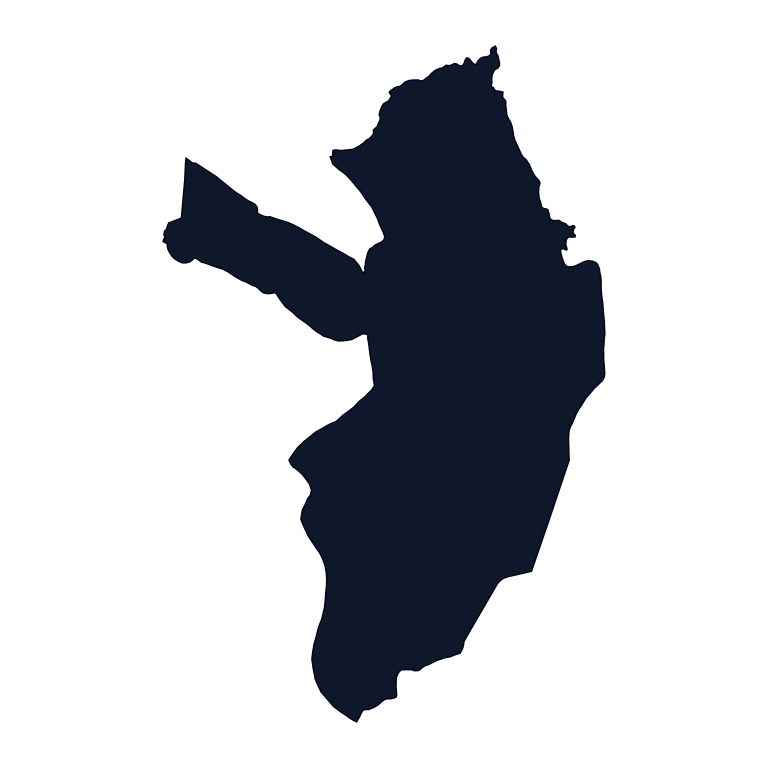 the district of Chol Kiri, Kâmpóng Chhnang, Cambodia
{"feature_id": "14789045B95522882738357", "entity_name": "Chol Kiri", "entity_type": "district", "adm_level": 2, "iso_a3": "KHM", "parent_name": "Cambodia", "parent_adm1": "Kâmpóng Chhnang", "projection": "mercator", "projection_center": [104.817, 12.155], "detail": "fine", "context": "isolated", "style": "filled", "palette": "ink", "viewbox_px": 768, "rotation_deg": 0, "n_neighbors": 0, "source": "geoboundaries", "source_scale": "gbopen_adm2", "svg_char_len": 6050}
<svg xmlns="http://www.w3.org/2000/svg" viewBox="0 0 768 768"><path d="M538.5,191.1L538.8,189.4L538.8,186.6L539.5,185.3L539.9,183.2L539.3,181.1L537.5,179.0L535.8,177.1L534.1,174.8L531.5,170.1L531.1,168.9L529.2,164.2L528.3,163.2L527.5,161.9L526.2,159.8L524.7,158.5L523.7,157.8L522.5,156.4L521.8,155.4L514.6,139.6L514.4,138.4L513.5,135.8L513.3,133.4L512.7,130.3L512.2,127.0L510.5,122.0L508.8,119.4L507.1,115.9L506.7,114.3L506.2,108.8L505.9,107.2L505.7,104.9L505.8,103.4L505.7,101.4L505.2,100.3L503.8,98.6L502.7,97.7L502.6,96.2L502.9,92.1L499.1,91.2L495.9,90.9L494.3,89.6L493.5,87.6L491.6,87.2L491.4,83.8L492.0,82.6L491.8,81.4L491.6,79.8L492.2,74.5L494.6,69.7L498.0,67.9L499.4,65.7L499.5,63.0L498.7,59.8L498.0,56.0L497.3,54.7L496.5,53.4L496.0,51.8L496.5,48.7L496.0,47.5L495.2,46.1L492.1,47.9L490.6,50.1L490.9,53.3L490.0,55.4L486.7,56.9L483.3,57.1L480.3,58.5L477.8,61.0L476.7,63.4L475.9,64.5L474.3,64.3L472.5,62.9L469.0,58.5L466.9,57.8L465.5,59.4L464.8,61.1L464.5,62.3L463.9,63.8L462.3,65.8L460.0,65.9L458.5,65.2L456.9,64.1L454.6,63.5L452.0,64.8L449.7,65.7L446.1,65.3L442.2,68.1L439.8,68.4L437.1,69.5L434.9,70.6L432.6,72.5L430.5,74.4L429.0,76.4L427.1,77.4L424.3,79.7L422.7,80.8L421.3,81.0L418.1,80.0L416.6,80.0L414.0,80.0L411.6,80.2L409.4,80.5L407.5,81.1L405.1,82.1L401.3,85.5L399.7,86.4L398.5,86.8L396.9,86.9L394.0,88.2L392.6,89.5L390.3,90.9L389.3,92.3L390.0,93.6L391.4,95.2L391.1,97.0L389.5,99.5L388.4,101.1L385.9,102.4L383.4,104.0L381.8,106.6L380.1,110.9L379.2,114.8L380.4,117.6L379.8,120.8L378.5,123.0L377.3,126.5L373.4,129.9L373.6,133.6L371.5,136.5L369.2,138.7L366.1,140.4L364.1,142.6L359.8,145.7L355.7,148.0L352.8,149.3L349.5,149.8L345.6,150.1L341.4,150.6L335.5,149.9L333.0,150.5L332.5,156.7L330.3,156.7L332.7,163.9L339.0,169.5L345.7,174.3L351.6,180.7L361.0,192.1L365.2,198.5L371.8,206.9L374.6,212.8L377.3,218.0L379.3,223.7L383.4,232.7L384.8,236.6L383.9,239.9L381.3,242.2L378.0,243.7L375.2,245.0L372.5,247.5L369.7,249.0L367.9,252.6L365.7,261.1L365.1,266.4L364.6,267.7L365.2,270.7L362.9,273.2L359.0,265.6L353.8,259.3L348.8,256.8L342.4,252.9L336.6,249.9L329.2,245.6L324.0,242.8L316.2,237.4L311.2,234.6L304.5,231.0L298.9,227.7L293.4,224.9L288.2,222.6L276.9,219.2L269.8,216.7L268.4,217.0L265.2,216.7L261.5,215.4L259.4,214.2L257.6,213.5L257.3,207.9L256.5,206.4L255.2,204.6L253.9,203.7L251.1,202.2L248.3,200.9L245.6,199.1L241.3,195.9L235.7,192.4L221.1,180.7L216.2,176.6L195.9,163.4L192.3,162.9L190.6,161.8L189.5,160.7L186.1,158.3L185.6,162.4L184.7,180.8L181.4,218.1L168.7,223.0L167.6,225.8L166.3,229.6L164.5,231.2L164.3,232.9L163.9,235.1L165.1,236.5L163.7,239.6L163.1,241.5L166.2,243.2L167.3,243.8L167.3,246.3L168.3,250.1L170.4,253.8L172.4,256.7L174.7,258.7L178.2,261.0L182.2,262.8L185.9,262.9L189.8,261.9L192.7,259.6L194.5,257.8L197.4,259.0L201.4,262.1L204.9,262.9L216.1,267.0L222.9,269.1L228.7,272.2L234.7,276.3L241.9,280.4L247.0,282.4L252.5,285.4L254.9,286.1L256.9,287.1L258.3,288.2L260.3,290.4L263.0,292.6L265.9,293.4L268.9,293.6L270.9,293.4L274.7,292.7L275.8,293.1L281.4,301.4L285.6,306.8L292.6,312.2L297.1,316.5L299.7,318.6L305.6,322.6L309.2,325.4L313.3,329.0L317.0,331.9L320.0,333.6L323.7,336.1L330.3,338.0L334.0,339.7L338.7,340.9L342.9,340.8L346.8,340.3L351.6,339.5L356.4,337.1L362.3,333.8L364.8,333.9L367.0,334.3L368.0,335.4L367.7,338.2L368.4,341.7L369.1,346.5L369.7,352.0L370.8,359.2L372.3,366.3L373.1,372.5L373.4,379.1L374.5,385.5L371.3,390.5L369.1,392.4L365.0,396.8L359.4,401.2L353.6,407.4L348.2,411.5L342.7,415.5L336.3,421.5L330.9,423.6L327.1,425.6L322.7,428.2L315.8,432.0L309.6,437.1L303.4,442.0L301.7,443.9L298.1,447.1L294.2,452.3L289.1,459.8L289.6,461.7L291.2,464.5L292.9,466.8L295.5,468.4L298.2,470.6L302.5,474.5L305.6,478.6L309.5,484.0L311.6,490.4L310.1,495.7L307.7,498.6L304.6,505.8L302.4,509.8L300.9,519.2L302.6,523.6L305.0,529.1L307.7,534.8L310.2,539.1L313.2,543.4L314.8,546.0L317.3,549.6L319.7,552.9L321.9,557.1L324.1,562.8L325.1,565.8L326.3,572.6L326.7,579.5L326.6,585.1L325.9,591.6L325.3,599.8L324.6,607.1L322.9,614.5L321.9,618.4L321.1,620.9L320.0,623.5L318.3,628.3L316.3,636.4L314.1,644.3L312.9,650.9L311.9,659.0L313.2,668.3L315.3,679.3L318.0,685.3L321.0,691.8L333.7,706.6L337.0,709.0L341.3,712.3L346.1,715.3L350.1,718.3L353.5,720.3L356.7,721.9L357.6,720.0L358.4,718.8L359.8,716.3L361.0,713.6L362.9,710.1L365.2,709.5L368.6,709.5L373.7,707.5L378.0,704.9L379.8,703.4L381.8,701.5L384.8,699.3L386.5,698.9L389.1,698.8L391.0,698.6L393.9,698.0L396.2,697.0L396.6,695.0L396.4,691.2L396.0,686.7L396.1,681.7L396.4,677.2L398.3,672.8L401.1,669.8L407.2,669.6L411.9,669.7L414.4,670.7L417.8,670.6L419.4,670.0L421.5,668.3L423.7,666.4L426.1,665.3L428.7,664.5L431.6,663.0L436.9,660.3L440.8,659.1L444.3,657.8L450.5,656.7L453.9,655.2L457.4,654.0L459.9,653.3L461.3,651.2L462.9,647.6L463.6,644.3L463.9,641.7L466.4,637.0L497.6,583.4L500.4,580.5L503.3,578.4L505.0,577.7L507.5,576.8L531.5,571.2L550.4,516.0L569.1,460.3L568.5,439.7L568.7,433.7L569.2,430.0L570.3,427.1L572.1,423.4L574.1,418.8L576.2,413.8L578.9,409.1L582.2,404.1L586.0,397.9L590.1,393.2L594.8,387.7L597.9,385.0L600.0,382.8L601.9,381.1L604.1,377.6L604.7,373.6L604.5,370.4L604.2,365.0L603.6,359.9L603.7,354.8L603.5,348.7L604.0,343.9L604.3,338.0L604.9,333.8L604.5,328.1L604.4,322.3L603.8,317.0L602.7,302.9L601.7,296.1L601.1,288.7L601.1,283.1L601.0,278.6L600.5,275.6L599.7,271.9L599.5,269.5L598.1,265.4L596.5,263.1L594.8,262.1L592.9,261.4L590.9,261.0L588.1,260.8L586.2,261.1L583.9,261.9L579.1,264.2L576.4,265.5L572.5,266.8L570.9,266.9L569.0,266.9L566.7,266.4L564.5,264.2L563.7,262.3L562.0,257.7L561.0,253.7L560.5,250.9L561.1,249.1L563.1,248.6L565.2,249.6L566.6,250.0L567.1,248.9L566.0,246.1L565.8,243.3L566.2,239.9L567.6,237.5L569.4,236.9L572.5,237.1L575.1,236.8L575.3,235.3L574.4,234.5L573.3,233.3L572.9,231.7L573.7,229.1L574.9,227.4L574.4,226.1L573.1,225.6L570.3,226.8L567.9,226.2L566.0,224.2L564.5,223.2L562.8,222.9L560.9,221.8L559.5,220.6L558.3,220.5L553.3,220.7L550.5,219.2L549.7,218.1L549.5,215.8L548.9,213.2L547.8,209.6L545.6,208.8L543.4,208.5L541.8,207.2L541.3,205.8L540.9,203.5L539.7,200.0L539.0,197.1L538.5,192.5L538.5,191.1Z" fill="#0f172a" stroke="#020617" stroke-width="1.5"/></svg>